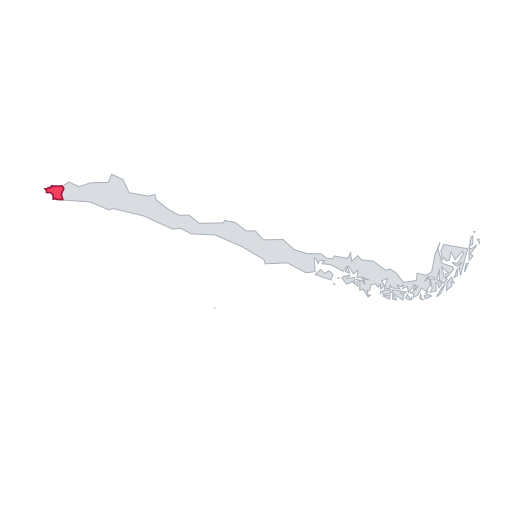 Arica y Parinacota on a map of Chile (Robinson projection), rotated 279°
{"feature_id": "CHL-2694", "entity_name": "Arica y Parinacota", "entity_type": "Region", "adm_level": 1, "iso_a3": "CHL", "parent_name": "Chile", "parent_adm1": "", "projection": "robinson", "projection_center": [-69.675, -18.339], "detail": "fine", "context": "in_parent", "style": "filled", "palette": "rose", "viewbox_px": 512, "rotation_deg": 279, "n_neighbors": 0, "source": "natural_earth", "source_scale": "10m", "svg_char_len": 5268}
<svg xmlns="http://www.w3.org/2000/svg" viewBox="0 0 512 512"><g transform="rotate(279 256 256)"><path d="M280.1,46.9L285.1,45.3L289.3,37.2L293.5,43.5L294.7,54.1L299.8,59.4L296.8,70.8L302.4,81.0L305.5,98.6L314.2,100.6L310.7,112.6L298.7,120.8L298.3,140.7L301.0,146.5L295.8,148.6L287.8,163.2L284.2,173.7L286.0,183.5L279.4,194.8L283.6,218.5L286.2,219.4L285.9,230.3L279.2,242.1L280.6,251.5L273.1,260.5L276.5,280.0L268.3,292.6L266.4,305.8L268.3,320.2L264.7,326.3L265.2,331.8L268.4,333.8L267.9,346.9L274.0,348.9L265.7,351.3L272.3,356.5L268.7,360.5L269.3,372.5L262.1,386.4L264.2,390.3L261.4,396.7L253.0,405.6L257.0,418.4L264.1,417.8L263.7,427.3L267.6,432.0L285.1,432.5L298.2,435.6L291.4,434.7L277.9,440.9L276.2,452.0L273.7,453.2L264.0,447.3L268.0,446.0L269.4,448.8L274.2,441.3L265.1,444.9L262.8,448.5L258.4,446.1L261.1,440.8L271.7,439.1L261.2,438.3L257.8,444.3L253.2,441.6L256.7,440.2L257.6,437.8L249.9,439.5L247.3,433.7L251.4,435.0L260.4,431.8L261.2,436.3L262.8,435.2L262.5,429.1L257.0,426.4L262.1,430.2L254.1,432.8L248.1,428.9L250.2,424.3L242.5,422.0L239.9,417.8L243.5,417.6L243.7,414.3L248.3,419.3L251.3,420.7L252.5,415.7L249.7,419.4L247.7,417.0L249.9,415.9L243.8,412.4L249.7,410.2L246.6,405.8L250.7,405.9L248.3,403.9L249.6,399.3L245.9,403.5L245.9,394.5L248.8,393.1L244.7,393.0L243.6,387.7L254.3,389.4L251.3,383.9L246.8,387.4L242.8,384.4L247.5,383.1L244.3,381.3L247.2,378.5L245.7,374.1L239.4,373.6L239.5,371.0L234.5,373.1L235.6,375.7L233.0,373.2L240.0,367.0L238.6,363.8L246.8,362.6L248.6,358.5L248.1,365.8L244.8,367.7L248.6,366.9L250.7,363.1L249.9,371.6L252.0,364.1L250.6,359.3L257.9,359.0L253.5,355.1L260.1,349.3L260.2,347.5L254.6,344.4L259.1,331.5L258.8,322.6L262.2,324.1L261.3,319.4L258.3,318.6L262.6,315.7L263.0,313.9L249.8,316.7L247.3,308.0L254.1,287.9L249.7,266.2L253.9,264.2L263.1,240.4L270.4,212.2L267.7,188.7L271.5,177.4L269.5,169.1L278.0,139.1L280.5,107.2L278.5,103.6L283.5,83.2L280.1,46.9ZM296.7,439.6L296.3,463.9L268.6,461.1L278.0,458.1L282.2,460.3L277.4,455.7L280.2,450.4L280.2,456.0L291.2,460.6L293.0,459.0L283.5,453.3L290.4,448.0L282.0,447.6L281.0,444.4L283.7,442.8L281.5,440.7L289.9,437.8L296.7,439.6ZM249.8,335.0L244.1,333.7L247.0,317.3L252.8,321.9L249.5,326.4L252.8,330.4L249.8,335.0ZM244.1,396.4L244.0,410.4L241.4,407.2L242.7,403.8L239.8,408.6L235.5,407.9L241.0,396.0L244.1,396.4ZM285.0,467.1L298.0,465.1L296.6,467.2L301.4,472.5L291.7,467.4L289.8,470.3L285.0,467.1ZM250.4,347.0L247.9,349.3L250.4,356.9L247.2,357.6L242.3,349.9L247.9,344.1L250.4,347.0ZM259.6,448.8L265.8,452.4L260.2,455.9L261.1,453.0L257.2,454.3L251.7,449.5L259.6,448.8ZM265.8,455.0L276.2,457.2L268.1,457.8L265.8,455.0ZM309.7,467.2L301.3,467.9L299.3,465.3L308.3,465.3L309.7,467.2ZM243.9,394.4L240.7,394.8L237.6,388.0L241.3,386.1L243.9,394.4ZM238.6,394.8L234.2,394.4L236.3,388.0L238.6,394.8ZM259.2,348.3L253.5,351.4L254.7,346.5L259.2,348.3ZM242.6,428.3L245.2,432.0L243.9,435.5L240.2,430.1L242.6,428.3ZM243.9,440.7L253.2,444.2L257.7,447.3L247.9,444.3L243.9,440.7ZM246.1,360.8L241.9,361.4L245.3,355.9L246.1,360.8ZM272.6,464.3L281.3,464.5L282.3,466.8L272.6,464.3ZM239.1,397.2L236.7,400.8L234.5,401.2L234.9,397.4L239.1,397.2ZM241.6,411.5L238.4,414.5L236.6,414.1L237.6,410.4L241.6,411.5ZM244.8,424.4L240.5,425.7L238.5,428.3L239.6,424.4L244.8,424.4ZM238.1,416.9L236.9,415.6L239.6,415.9L238.1,416.9ZM251.4,351.9L249.6,350.0L250.0,348.9L251.3,349.5L251.4,351.9ZM248.7,431.0L246.9,431.3L245.7,429.4L248.7,431.0ZM240.5,385.0L237.4,385.1L240.4,384.6L240.5,385.0ZM307.1,471.9L307.5,474.0L305.5,473.1L307.1,471.9ZM246.5,340.5L248.2,341.6L246.5,341.0L246.5,340.5ZM305.9,474.5L303.2,474.8L303.1,474.6L305.9,474.5ZM314.4,467.3L314.2,468.5L313.4,468.1L314.4,467.3ZM198.6,222.8L197.6,223.9L198.6,222.8ZM240.9,337.2L240.3,338.2L240.0,337.6L240.9,337.2Z" fill="#d9dde1" stroke="#a8b0b8" stroke-width="1"/><path d="M289.3,37.2L289.3,38.1L289.4,38.5L289.6,38.9L290.4,39.7L290.8,40.1L291.0,40.6L291.1,41.0L291.1,41.9L291.2,42.3L291.4,42.6L291.5,42.6L291.8,42.5L292.0,42.7L292.0,42.8L292.3,42.9L292.7,43.1L292.8,43.2L293.0,43.2L293.4,43.1L293.5,43.1L293.6,43.3L293.5,43.8L293.1,44.2L292.8,44.5L293.0,45.0L293.3,45.4L293.4,45.6L293.4,45.8L293.4,46.0L293.6,46.6L293.6,47.3L293.6,47.5L294.0,48.2L294.0,48.4L294.0,48.7L294.0,49.2L294.0,49.8L294.1,50.4L294.3,50.8L294.4,51.0L294.4,51.3L294.3,51.5L294.8,52.8L294.9,53.1L294.8,53.4L294.5,53.8L294.1,54.3L293.8,54.6L293.6,55.0L293.0,55.5L292.4,55.6L291.9,55.5L291.4,55.5L290.9,55.2L290.4,55.1L289.8,54.8L288.8,54.7L288.5,54.6L288.1,54.4L287.8,54.3L287.2,54.3L286.5,54.3L285.8,54.4L285.3,54.7L284.7,54.8L284.2,55.0L283.7,55.2L283.2,55.7L282.7,55.9L282.2,56.2L281.6,56.4L281.6,56.0L281.6,55.8L281.6,55.7L281.2,54.7L281.2,54.1L281.1,53.8L281.0,53.0L280.9,52.6L280.8,52.1L280.8,51.8L280.8,51.7L280.9,51.4L280.9,51.1L280.9,50.9L281.0,50.7L280.9,50.4L280.8,50.2L281.0,50.0L280.9,49.6L281.0,49.2L281.1,48.9L281.1,48.7L281.0,48.4L281.3,48.2L281.2,47.8L281.1,47.7L280.8,47.3L280.6,47.1L280.4,46.8L280.6,46.6L281.2,46.6L282.2,46.7L282.7,46.6L283.0,46.6L283.7,46.1L284.0,46.0L284.5,45.9L285.1,45.1L285.5,44.8L285.7,44.5L285.9,44.2L286.5,42.7L286.6,42.4L286.5,42.2L286.4,42.0L286.2,41.6L286.2,41.4L286.2,41.1L286.1,40.6L285.9,40.2L285.8,39.8L285.9,39.3L286.2,38.9L286.6,38.9L287.1,39.0L287.5,38.9L288.0,38.6L289.3,37.2Z" fill="#f43f5e" stroke="#9f1239" stroke-width="1.5"/></g></svg>